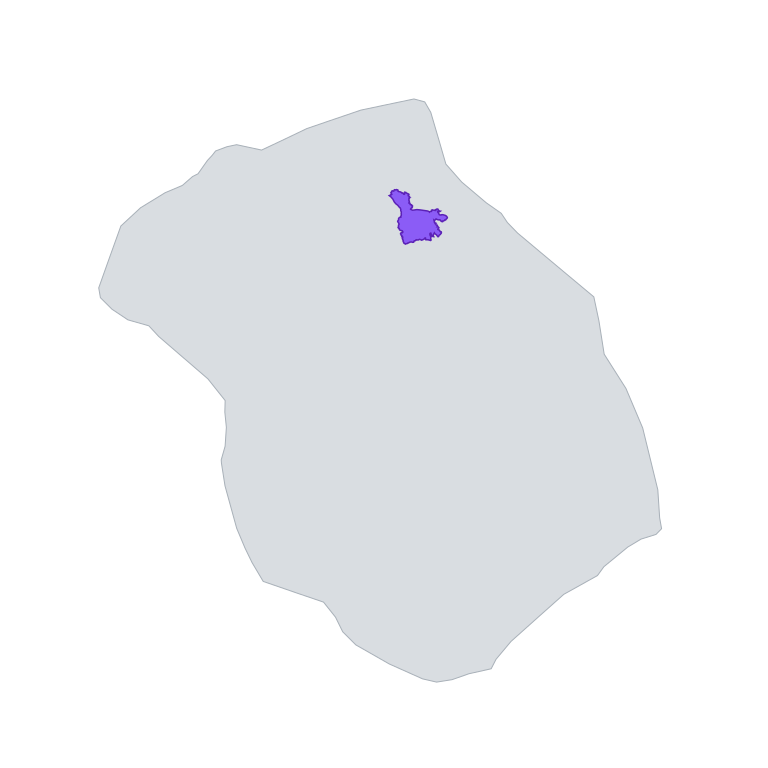 Makhoarane, Maseru, Lesotho (highlighted), rotated 99°
{"feature_id": "5366337B32255205566264", "entity_name": "Makhoarane", "entity_type": "district", "adm_level": 2, "iso_a3": "LSO", "parent_name": "Lesotho", "parent_adm1": "Maseru", "projection": "robinson", "projection_center": [27.527, -29.591], "detail": "fine", "context": "in_parent", "style": "filled", "palette": "violet", "viewbox_px": 768, "rotation_deg": 99, "n_neighbors": 0, "source": "geoboundaries", "source_scale": "gbopen_adm2", "svg_char_len": 6850}
<svg xmlns="http://www.w3.org/2000/svg" viewBox="0 0 768 768"><g transform="rotate(99 384 384)"><path d="M509.5,525.1L487.5,532.2L484.4,532.9L470.3,531.2L451.5,532.9L436.7,536.8L425.2,538.3L406.5,558.7L372.4,613.8L363.3,625.4L360.7,647.0L352.8,664.2L343.1,677.6L333.7,680.8L305.4,675.5L269.1,668.6L248.0,652.0L229.3,630.1L219.4,614.2L209.0,605.5L205.5,600.6L190.7,593.3L185.1,589.5L180.2,586.8L174.2,576.2L170.7,567.0L172.1,541.5L161.7,526.2L143.8,500.2L132.5,478.9L117.1,449.7L107.6,424.8L97.8,399.0L99.0,387.9L108.4,380.3L135.8,367.3L157.1,357.3L172.4,338.8L189.0,311.4L197.1,294.9L205.2,287.4L214.0,275.7L229.5,249.9L246.7,221.2L265.1,190.4L288.3,181.5L320.1,171.2L350.6,144.3L387.0,121.6L445.7,97.0L473.1,90.8L483.5,87.2L490.0,91.8L497.0,105.9L506.9,117.7L530.0,138.2L539.8,143.2L563.6,173.5L589.1,194.4L618.4,218.3L638.4,230.3L648.5,233.6L656.9,254.8L665.4,270.6L670.2,285.4L669.2,299.8L659.7,335.0L646.1,371.0L635.2,386.0L621.9,395.4L608.9,409.6L603.9,438.5L597.9,472.4L581.0,486.4L567.8,495.6L549.6,506.9L509.5,525.1Z" fill="#d9dde1" stroke="#a8b0b8" stroke-width="1"/><path d="M197.1,408.3L197.4,407.9L197.6,407.2L198.0,406.8L198.3,406.1L199.1,405.3L200.1,404.1L202.5,402.4L203.3,401.5L204.1,400.6L205.3,398.4L207.3,396.2L207.5,395.5L208.3,395.1L209.0,394.7L209.6,394.7L210.4,394.5L210.7,394.3L211.3,393.8L213.0,393.7L213.5,393.4L214.0,393.4L214.3,393.5L214.9,393.3L215.8,393.7L216.5,393.4L216.7,393.7L216.6,394.0L216.9,394.2L217.1,394.8L218.0,395.4L218.7,395.5L219.1,395.3L219.5,395.3L221.1,396.0L221.7,395.7L222.0,395.3L222.3,395.2L222.8,394.6L223.2,394.5L223.5,394.2L224.1,394.1L224.7,394.5L225.3,394.5L225.7,394.3L225.9,394.3L226.5,394.2L226.8,394.5L227.0,394.3L227.2,394.5L227.5,394.2L227.8,394.1L228.1,393.2L228.9,393.1L229.2,392.8L229.3,392.7L229.5,392.5L229.5,392.1L229.7,391.9L229.7,390.7L229.8,390.0L230.3,389.8L230.2,389.6L230.7,389.2L231.3,389.2L231.6,389.5L231.8,389.6L231.8,389.9L231.9,390.2L231.8,390.5L232.1,390.9L232.5,391.0L233.1,391.2L233.4,390.8L234.0,390.6L234.2,390.1L234.5,390.1L234.7,389.5L234.9,389.4L235.3,389.5L235.5,389.2L235.7,389.3L235.7,389.1L236.5,388.7L236.4,388.5L236.8,388.5L237.2,388.7L237.5,388.4L237.8,388.5L238.2,388.1L238.6,388.1L239.1,387.5L240.0,387.5L241.0,386.7L241.4,386.7L241.8,386.3L242.0,385.9L242.0,385.4L242.4,385.0L242.5,384.8L242.0,384.1L241.7,383.1L241.5,382.8L241.3,382.9L241.0,382.5L240.9,382.0L240.6,381.7L240.3,381.4L240.2,380.9L239.8,380.6L239.7,380.2L239.4,378.8L239.6,378.1L239.4,377.1L239.1,376.8L238.8,376.9L238.5,376.7L238.2,376.7L237.9,376.5L237.9,376.2L237.7,376.0L237.7,375.8L237.6,375.6L237.5,375.4L237.0,375.0L236.9,374.8L236.6,374.9L236.5,374.7L236.5,374.4L236.4,374.2L236.6,373.8L236.5,373.6L236.4,373.5L236.4,373.0L236.3,372.5L236.1,372.5L236.0,372.4L235.8,371.9L235.6,371.7L235.5,371.4L235.9,369.8L235.7,369.1L235.9,369.1L235.7,368.6L235.4,368.3L235.2,367.8L234.7,367.4L234.4,366.8L234.4,366.5L234.0,366.5L233.9,366.4L233.3,366.3L233.3,365.9L234.3,365.7L235.0,365.3L235.0,364.8L234.7,364.4L234.7,364.1L234.7,363.6L234.8,363.3L234.7,363.0L234.8,362.7L234.6,362.4L234.7,361.8L234.9,361.4L234.9,360.9L235.0,360.5L234.7,360.1L234.1,360.1L233.3,360.6L232.5,360.7L232.1,360.8L231.4,360.5L231.0,360.9L230.8,360.9L230.8,361.1L230.3,361.3L230.2,361.6L229.4,361.9L229.0,362.1L228.5,362.2L228.2,362.1L228.0,361.8L227.8,361.8L227.6,361.5L227.6,361.3L228.3,361.0L229.3,360.5L229.6,360.1L230.1,359.9L230.5,359.3L230.8,358.5L230.7,357.9L230.3,358.2L230.2,358.4L229.9,358.6L228.6,358.6L228.3,358.4L227.5,358.2L227.4,357.9L227.1,358.0L226.8,357.9L227.4,357.4L227.5,357.2L227.8,357.0L228.2,355.9L228.9,355.0L229.2,354.9L229.4,354.6L229.5,354.3L230.1,353.8L229.9,353.2L228.3,352.7L228.0,352.4L227.7,351.9L227.3,351.6L226.6,351.4L226.1,351.0L225.4,351.0L224.8,351.2L224.8,351.6L224.7,351.8L224.7,352.1L224.8,352.2L224.6,352.5L224.1,352.7L223.4,353.5L223.2,353.6L223.1,354.5L223.0,354.9L222.7,354.8L222.4,355.0L221.5,354.5L221.2,354.2L221.0,354.5L220.8,354.6L220.8,354.9L220.4,355.0L220.2,355.4L220.1,355.7L220.2,356.0L219.8,355.8L219.6,355.8L219.3,356.0L219.2,356.3L218.8,356.4L218.9,356.8L218.8,357.3L217.9,358.0L217.4,358.1L217.5,358.2L217.5,358.3L217.3,358.2L217.1,357.9L217.0,358.1L217.1,358.5L216.9,358.7L216.9,358.9L216.9,359.0L216.4,359.3L216.3,359.5L216.1,359.4L215.6,359.6L215.3,359.9L215.1,360.1L214.8,360.2L214.5,360.0L214.3,360.1L214.5,359.7L214.2,359.3L212.8,358.4L213.1,357.9L213.4,356.0L213.3,355.4L213.1,354.8L213.1,354.5L213.2,354.2L213.7,353.9L214.4,352.8L214.6,352.0L214.5,351.6L213.9,351.7L213.7,350.7L213.4,350.5L213.3,350.2L213.0,350.0L212.9,349.7L212.5,349.7L212.4,349.3L212.4,349.0L212.3,348.8L211.9,348.5L211.6,348.5L211.2,348.3L210.8,347.8L210.3,347.6L209.9,347.4L209.4,347.6L208.4,348.6L208.2,349.0L208.1,349.7L207.8,350.0L207.8,350.4L207.6,352.1L207.6,352.5L207.7,353.1L207.9,353.4L208.0,353.6L207.9,354.0L208.1,354.2L208.2,354.6L208.3,354.9L208.2,355.2L208.2,355.4L208.1,355.9L207.3,356.4L207.2,356.6L206.9,356.6L206.5,357.0L206.2,357.5L205.6,358.0L205.3,358.0L205.4,356.9L205.0,355.9L204.5,355.4L204.5,356.0L204.3,356.7L204.0,357.0L204.0,357.3L203.6,357.5L203.4,357.8L202.9,358.0L202.8,358.8L203.2,359.7L203.4,359.8L203.6,359.7L204.0,359.9L204.0,360.0L203.9,360.2L203.9,360.4L204.2,360.6L204.6,360.6L204.6,360.9L204.3,361.0L204.5,361.3L204.5,361.8L204.6,362.9L204.4,363.4L204.6,363.9L204.9,364.2L205.2,364.0L205.3,364.1L206.1,364.1L206.3,365.1L206.8,365.9L207.1,366.0L206.7,366.5L206.4,367.4L206.3,368.3L206.4,375.5L206.6,378.8L207.9,382.9L207.3,385.1L206.9,385.1L206.7,384.7L206.4,384.7L205.9,384.5L205.7,384.0L205.3,384.1L205.1,384.1L205.0,383.7L204.7,383.6L204.1,383.7L203.6,383.7L203.5,383.9L203.4,384.4L203.3,384.6L202.8,384.7L202.8,385.0L202.6,385.1L202.5,385.7L202.7,386.1L202.4,386.4L202.2,386.4L201.7,386.5L201.4,387.0L201.5,387.5L201.3,387.8L201.0,387.7L200.7,387.2L200.0,387.6L199.6,387.5L199.3,387.6L199.2,387.9L199.0,388.0L198.7,388.2L198.2,388.1L198.0,388.3L197.4,388.2L197.1,388.4L196.8,388.3L196.6,387.9L196.0,388.0L196.0,388.3L195.8,388.3L195.6,388.2L195.5,387.9L195.4,388.1L194.8,388.2L194.8,388.5L194.5,388.9L194.4,389.4L193.9,389.6L193.8,389.4L192.8,389.0L192.6,389.2L192.6,389.7L192.3,390.0L192.2,390.6L191.9,391.6L191.8,392.0L191.4,392.3L191.4,392.5L191.3,393.3L191.7,393.2L191.9,393.3L192.2,393.8L192.3,393.8L192.9,393.4L193.2,393.4L193.5,393.7L193.5,394.1L193.4,394.3L193.0,394.7L192.4,395.3L192.6,396.0L192.3,396.1L192.1,396.9L191.7,397.5L191.8,397.9L191.6,398.6L191.7,399.4L191.5,400.2L190.6,400.4L190.1,400.8L190.1,401.1L190.3,401.0L190.2,401.7L190.0,402.1L190.1,402.3L190.5,402.7L190.4,403.9L190.5,404.1L190.8,404.3L191.9,404.5L192.0,404.7L191.9,405.4L191.9,406.1L192.5,406.6L193.1,406.5L193.6,407.0L193.9,407.1L194.1,406.6L194.4,406.5L194.7,406.7L194.9,406.6L195.0,406.4L195.3,406.4L195.5,406.1L195.8,406.5L196.1,406.6L196.1,407.1L196.4,407.4L196.9,407.8L197.1,408.3Z" fill="#8b5cf6" stroke="#5b21b6" stroke-width="1.5"/></g></svg>